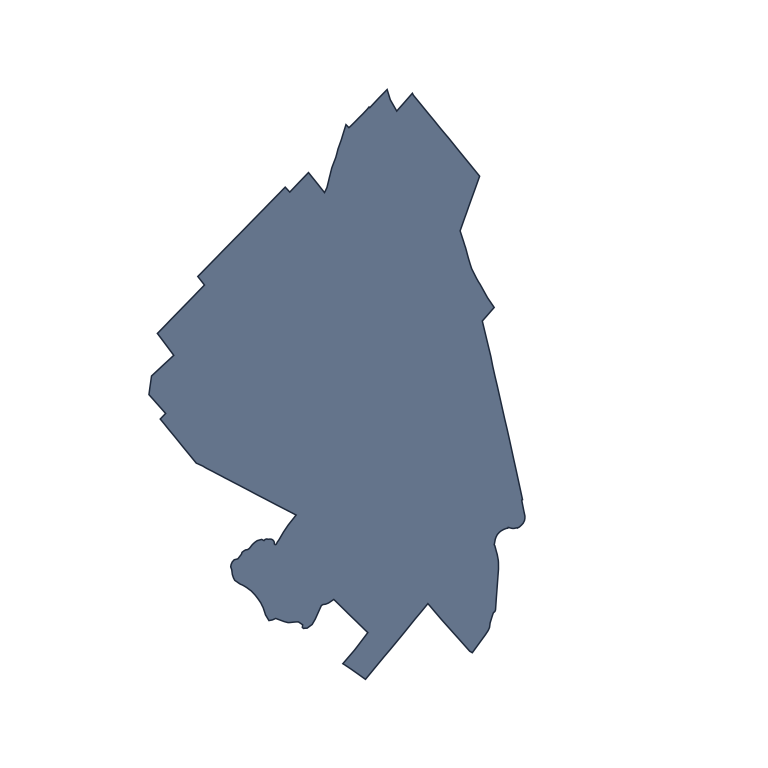 Cocotitlán, México, Mexico, rotated 32°
{"feature_id": "50627088B34264143573163", "entity_name": "Cocotitlán", "entity_type": "district", "adm_level": 2, "iso_a3": "MEX", "parent_name": "Mexico", "parent_adm1": "México", "projection": "equal_earth", "projection_center": [-98.857, 19.228], "detail": "fine", "context": "isolated", "style": "filled", "palette": "slate", "viewbox_px": 768, "rotation_deg": 32, "n_neighbors": 0, "source": "geoboundaries", "source_scale": "gbopen_adm2", "svg_char_len": 4430}
<svg xmlns="http://www.w3.org/2000/svg" viewBox="0 0 768 768"><g transform="rotate(32 384 384)"><path d="M598.3,565.2L601.3,565.1L602.1,553.7L602.9,542.4L602.9,540.9L603.0,538.9L602.9,537.0L602.5,534.5L600.7,530.6L600.6,530.3L598.8,523.6L598.1,520.7L598.0,519.6L598.3,519.2L598.6,518.1L598.3,516.5L592.7,506.0L588.5,498.0L584.4,490.2L582.7,487.0L579.2,480.3L575.7,474.8L574.4,473.0L573.4,471.9L570.3,468.5L568.6,467.0L563.8,462.5L562.6,461.9L562.4,461.2L560.6,456.6L560.1,454.2L559.9,451.6L560.4,448.6L561.2,446.4L562.7,443.7L564.3,441.6L565.4,440.7L565.3,439.8L566.1,439.5L567.2,439.2L568.2,438.9L569.3,438.5L570.7,437.7L573.0,435.4L573.4,435.6L574.6,433.5L575.4,430.6L575.8,428.3L575.5,425.3L574.7,423.3L573.5,421.3L570.1,417.8L562.3,409.5L562.8,408.7L555.7,401.4L548.6,394.1L541.5,386.8L534.3,379.5L527.2,372.2L520.1,364.9L512.4,357.1L504.6,349.4L496.9,341.6L489.2,333.8L481.5,326.0L474.1,318.7L466.8,311.3L460.0,304.0L450.9,295.1L450.5,294.7L434.0,278.5L435.3,270.5L436.9,260.7L426.4,256.1L425.8,255.8L412.6,248.5L410.2,247.4L406.7,245.5L397.3,239.8L393.6,236.7L389.4,233.0L388.3,232.0L385.7,229.6L383.5,227.5L381.1,225.3L378.4,223.1L376.7,221.6L376.0,221.0L367.4,213.8L364.5,200.8L363.3,195.1L361.9,189.0L359.8,179.3L357.8,169.9L355.0,157.1L342.7,152.9L331.2,149.0L328.3,148.0L325.3,147.0L319.8,145.1L313.8,143.0L312.9,142.7L308.6,141.2L301.7,139.0L295.3,136.9L288.4,134.5L283.7,132.9L281.5,132.2L274.1,129.7L265.0,126.6L255.8,123.5L254.0,122.4L251.8,136.0L250.6,143.1L250.2,145.8L238.7,139.6L230.6,132.6L228.1,144.0L225.5,157.2L224.5,157.0L224.1,160.3L222.9,166.3L221.6,171.7L220.4,177.3L219.0,183.1L218.4,185.2L214.3,184.2L216.4,192.2L217.7,197.1L217.9,197.7L218.5,200.1L219.1,202.9L219.9,206.5L220.4,208.9L222.0,213.9L222.7,216.3L223.0,217.2L223.2,218.3L223.6,220.2L223.9,222.0L224.2,223.4L224.7,226.0L224.8,226.5L225.3,228.8L225.8,230.2L226.5,232.5L227.2,234.5L228.2,237.7L229.3,240.9L230.8,245.5L231.2,246.7L231.5,247.6L232.0,252.0L232.1,253.2L220.0,248.9L207.9,244.7L205.1,257.9L202.4,271.2L195.9,269.4L194.9,273.9L194.1,277.8L193.7,279.5L191.0,291.7L189.2,300.1L188.4,303.6L185.3,317.7L183.0,328.5L180.1,341.4L179.6,343.8L176.7,356.8L174.7,366.2L173.9,369.7L171.1,382.6L169.1,391.5L179.3,395.2L177.0,405.8L176.1,410.2L175.0,415.2L172.9,424.8L171.3,432.2L169.3,441.3L167.6,449.5L165.3,460.0L165.0,461.2L166.6,461.8L174.9,465.0L184.1,468.6L190.5,471.1L186.5,485.8L182.6,500.4L184.7,505.1L187.4,511.2L190.3,517.6L196.9,519.5L201.5,520.9L208.0,522.8L214.4,524.7L213.6,528.5L212.8,532.3L218.9,534.3L222.8,535.7L226.9,537.1L233.6,539.3L236.8,540.4L246.6,543.8L256.1,547.0L266.7,550.6L273.9,549.6L276.6,549.6L278.8,549.5L279.8,549.4L282.2,549.2L285.4,548.9L288.8,548.7L292.4,548.4L296.2,548.1L298.5,548.0L301.7,547.7L308.5,547.2L314.5,546.7L319.9,546.3L326.3,545.8L331.1,545.5L335.2,545.2L340.1,544.8L343.6,544.5L349.0,544.1L355.6,543.6L357.0,543.5L359.3,543.3L362.8,543.0L378.9,541.7L377.5,554.2L377.2,562.9L377.5,571.9L377.3,574.9L377.5,576.0L377.5,577.1L377.2,577.7L376.7,577.9L376.1,577.7L375.7,577.7L374.8,576.3L373.5,575.5L372.4,575.2L371.2,575.2L370.2,575.5L369.4,576.1L368.9,576.3L368.1,577.1L367.2,577.4L366.8,577.4L366.2,578.1L365.8,578.4L365.5,579.0L365.2,580.4L362.6,580.6L359.5,584.0L358.5,586.3L357.8,588.5L357.3,590.9L357.2,592.7L356.9,594.9L356.4,596.0L356.0,596.8L354.4,598.2L354.3,598.5L353.7,599.6L352.8,602.0L353.1,603.2L353.3,603.9L352.7,609.7L351.7,610.8L350.1,612.4L349.6,615.3L350.0,618.1L350.9,620.3L353.3,622.2L356.4,626.0L359.1,628.2L361.5,629.6L367.5,629.9L368.8,629.8L370.4,629.5L373.0,629.4L375.6,629.4L379.0,629.7L380.9,629.8L386.3,631.2L390.4,632.7L392.1,633.4L395.5,634.9L397.7,636.3L399.0,637.1L399.9,637.6L405.1,641.9L405.7,642.5L411.8,645.6L414.4,643.2L415.4,641.7L416.4,640.2L425.2,638.4L429.1,637.2L430.7,636.1L433.6,633.8L435.9,632.1L437.5,631.1L442.6,631.3L443.8,633.8L445.5,633.9L446.1,633.2L448.2,631.8L450.5,626.0L450.3,619.8L448.3,605.3L448.6,604.4L449.0,603.5L451.2,601.6L452.9,599.3L453.5,598.1L454.0,596.9L455.6,593.3L464.3,595.2L472.9,597.1L474.5,597.5L487.7,600.3L489.8,600.8L493.7,601.6L497.6,602.5L502.0,603.4L500.5,620.2L500.3,622.2L500.0,625.3L497.3,643.0L503.2,643.1L505.9,643.2L511.8,643.5L524.8,644.3L526.7,629.7L528.6,615.2L529.8,607.2L531.3,596.1L532.9,583.9L534.9,567.1L536.5,555.7L537.6,547.0L538.3,547.2L542.8,548.6L547.7,550.2L552.2,551.6L557.2,553.2L562.0,554.6L574.7,558.3L585.4,561.4L598.3,565.2Z" fill="#64748b" stroke="#1e293b" stroke-width="1.5"/></g></svg>